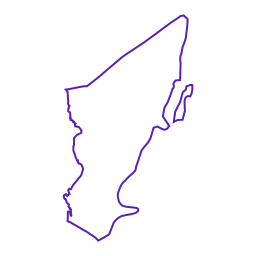 outline of Al Munirah, Al Hudaydah, Yemen
{"feature_id": "15242507B73593637520404", "entity_name": "Al Munirah", "entity_type": "district", "adm_level": 2, "iso_a3": "YEM", "parent_name": "Yemen", "parent_adm1": "Al Hudaydah", "projection": "natural_earth1", "projection_center": [42.864, 15.354], "detail": "fine", "context": "isolated", "style": "outline", "palette": "violet", "viewbox_px": 256, "rotation_deg": 0, "n_neighbors": 0, "source": "geoboundaries", "source_scale": "gbopen_adm2", "svg_char_len": 5071}
<svg xmlns="http://www.w3.org/2000/svg" viewBox="0 0 256 256"><path d="M65.8,89.6L66.4,90.3L66.6,90.8L66.8,91.3L67.6,91.9L68.0,99.1L68.3,101.2L68.0,103.3L68.4,104.7L69.0,105.8L69.5,105.8L69.5,106.1L69.1,106.5L68.7,107.2L68.8,107.8L68.5,108.7L68.2,109.3L68.2,111.2L68.7,111.8L70.1,112.4L70.4,116.1L70.2,116.3L70.1,116.5L70.1,116.8L70.6,117.6L70.8,118.6L70.5,118.7L70.2,118.2L70.1,118.4L70.1,118.6L70.3,118.9L70.7,119.7L70.6,120.0L70.8,120.2L72.2,120.2L72.8,120.7L73.2,121.1L73.7,121.3L74.0,122.0L73.8,122.0L73.7,122.0L73.4,121.9L73.2,121.9L73.2,122.0L73.3,122.1L73.2,122.1L72.9,122.2L72.9,122.3L72.9,122.5L72.8,122.8L73.0,122.5L73.0,122.4L73.3,122.2L73.5,122.1L74.0,122.3L74.3,122.5L74.5,122.8L74.6,123.0L74.8,123.1L75.0,123.1L75.2,123.3L74.9,123.4L74.6,123.1L74.9,123.4L75.0,123.7L75.0,123.8L75.0,124.0L75.1,124.4L75.1,124.5L75.0,124.8L75.0,125.1L75.1,125.3L75.3,125.6L75.2,125.7L75.4,126.2L75.4,126.4L78.8,127.0L80.1,128.6L81.4,130.4L81.3,132.8L80.1,133.4L78.2,134.3L76.8,135.1L75.3,136.7L74.2,138.0L73.9,138.5L74.0,144.1L74.0,145.0L73.3,146.7L73.3,147.8L73.4,150.6L74.8,154.3L75.6,157.1L77.1,160.4L77.3,160.7L77.5,160.7L77.9,160.5L78.0,160.8L77.7,161.1L77.6,161.4L77.7,162.0L78.1,162.1L78.3,162.3L78.9,161.9L78.4,162.5L78.2,162.8L78.5,163.4L79.0,163.6L80.0,163.7L81.6,164.9L81.8,165.6L82.0,166.1L82.7,167.4L83.1,168.6L82.8,170.3L82.3,171.4L81.7,173.7L81.0,175.6L80.0,176.8L78.6,178.2L77.2,180.2L75.3,182.5L73.6,184.3L71.8,187.3L71.0,189.2L70.0,189.4L69.6,189.1L69.2,188.8L68.4,189.7L68.3,190.3L68.4,191.0L68.9,192.3L69.0,192.9L69.1,193.2L69.4,193.8L68.9,193.8L68.8,194.0L68.4,194.8L68.1,195.1L67.8,195.4L67.6,195.6L67.3,195.9L67.1,195.6L66.7,195.3L66.5,194.9L66.2,194.2L65.8,194.1L65.1,194.6L64.6,195.0L64.1,195.5L63.9,195.5L63.9,195.9L63.7,196.7L64.0,197.3L64.2,198.2L64.6,198.9L65.2,199.0L65.8,199.4L66.5,201.9L67.4,203.0L68.1,204.0L68.8,204.3L68.9,205.2L68.5,206.4L69.0,207.4L69.8,207.9L69.7,208.8L70.0,209.0L70.3,208.9L70.5,208.8L71.0,209.7L70.6,210.5L70.8,210.8L70.9,211.2L70.7,211.7L70.7,212.0L71.0,212.3L71.0,213.5L71.3,214.6L71.3,215.1L71.2,215.7L70.8,215.6L70.6,215.4L70.4,214.6L70.4,214.2L70.6,214.0L70.2,212.9L69.9,212.0L69.4,211.8L69.1,211.9L68.8,211.6L68.3,211.5L68.2,211.6L67.8,211.8L67.8,218.3L67.6,219.6L67.5,221.0L68.1,221.3L68.3,221.4L68.3,221.5L68.5,221.5L69.2,221.9L69.7,222.0L70.8,222.5L72.2,223.4L77.8,226.6L79.3,227.5L83.3,229.9L85.2,230.9L87.3,232.1L89.5,233.7L92.6,235.6L94.1,236.7L95.1,237.4L95.6,237.8L95.9,238.2L96.2,238.5L96.5,238.7L97.3,239.6L98.2,240.6L101.2,239.0L105.5,236.6L105.8,236.3L106.2,236.1L107.3,235.5L109.0,234.5L110.1,232.2L110.2,231.7L110.6,230.7L111.2,229.2L111.7,227.8L112.2,226.8L113.2,223.8L114.1,222.2L115.5,220.4L117.8,218.2L120.1,216.8L122.4,215.8L129.1,214.5L132.7,213.9L136.4,212.5L138.0,211.2L138.2,209.9L138.2,209.1L136.8,208.0L133.4,207.5L129.4,207.1L128.0,206.9L126.8,206.9L125.3,206.5L123.6,206.1L122.4,205.6L121.4,204.8L120.3,203.7L118.9,201.5L118.3,198.7L117.8,196.6L117.8,193.8L118.3,192.3L119.8,188.2L120.1,187.7L120.6,186.2L121.4,184.9L122.1,183.8L123.6,182.0L125.3,180.4L126.1,179.5L127.7,177.8L130.1,175.5L131.2,174.6L132.7,173.2L134.0,171.9L135.2,170.7L135.6,169.6L135.8,168.6L136.2,166.3L137.5,162.8L138.1,161.0L139.0,158.2L139.2,157.4L140.3,154.6L140.5,153.7L141.3,151.1L141.4,150.9L141.6,150.4L141.8,150.1L143.4,148.1L144.2,147.1L144.8,146.3L144.9,146.2L145.3,145.7L146.1,144.8L146.7,144.1L147.3,143.3L147.7,142.8L148.5,141.8L149.1,140.6L149.8,139.6L149.9,139.3L150.4,138.4L150.8,137.1L151.9,133.5L152.2,132.6L152.3,132.3L152.5,131.4L152.7,130.7L153.6,127.8L157.2,126.5L160.6,128.2L162.6,129.2L163.5,129.5L164.5,129.7L165.1,129.6L167.1,128.7L168.7,126.6L168.7,125.6L168.9,125.6L166.9,122.4L165.5,120.4L165.4,120.2L163.8,117.8L162.8,116.5L164.5,107.6L167.8,102.0L168.0,101.4L168.5,100.1L170.3,95.5L170.7,94.4L172.6,88.8L173.1,88.5L173.3,88.1L173.8,87.0L173.8,85.9L173.8,85.5L173.3,84.1L173.8,82.9L175.5,80.6L175.9,80.4L177.3,80.3L178.2,80.2L178.4,80.2L180.1,80.1L180.6,63.1L180.3,61.5L180.3,60.9L180.3,58.7L180.4,56.4L180.4,56.2L181.1,54.4L181.5,52.8L181.6,52.6L181.8,51.3L182.2,49.1L182.4,47.7L182.5,47.4L182.8,46.1L183.4,45.0L183.7,44.4L184.6,41.8L185.7,38.5L185.7,38.4L186.0,36.3L186.9,29.0L187.2,26.7L187.6,20.1L187.6,19.1L187.1,18.6L185.9,17.5L183.7,15.4L179.9,16.3L179.0,17.3L172.6,21.5L170.5,22.9L167.5,25.2L165.9,26.4L165.7,26.5L159.5,31.1L157.8,32.4L156.8,33.1L155.5,34.1L155.4,34.2L154.8,34.6L151.2,37.2L146.7,40.5L143.4,42.9L135.0,48.4L123.0,56.4L120.7,58.3L108.2,68.9L101.7,74.5L101.1,75.0L99.9,76.0L99.3,76.5L97.7,77.8L93.0,81.5L88.9,84.7L87.1,86.1L84.1,86.3L82.3,86.5L68.0,89.3L65.8,89.6ZM182.6,119.7L184.3,113.0L184.9,110.9L184.9,110.6L184.5,101.1L185.6,97.6L187.6,96.1L188.4,96.2L188.6,96.2L190.2,96.4L191.6,93.6L191.6,93.4L192.3,89.8L192.3,89.7L192.3,86.6L192.3,85.1L192.2,85.0L189.9,85.0L187.8,86.0L186.5,86.3L186.4,86.7L186.3,87.2L186.3,87.4L186.0,88.8L185.9,89.5L185.3,90.1L183.2,91.9L182.8,92.2L182.1,94.9L181.9,95.5L180.7,99.9L180.1,102.0L175.2,111.7L173.8,121.9L175.8,120.9L177.7,120.0L178.0,120.0L181.4,119.8L182.6,119.7Z" fill="none" stroke="#5b21b6" stroke-width="2"/></svg>